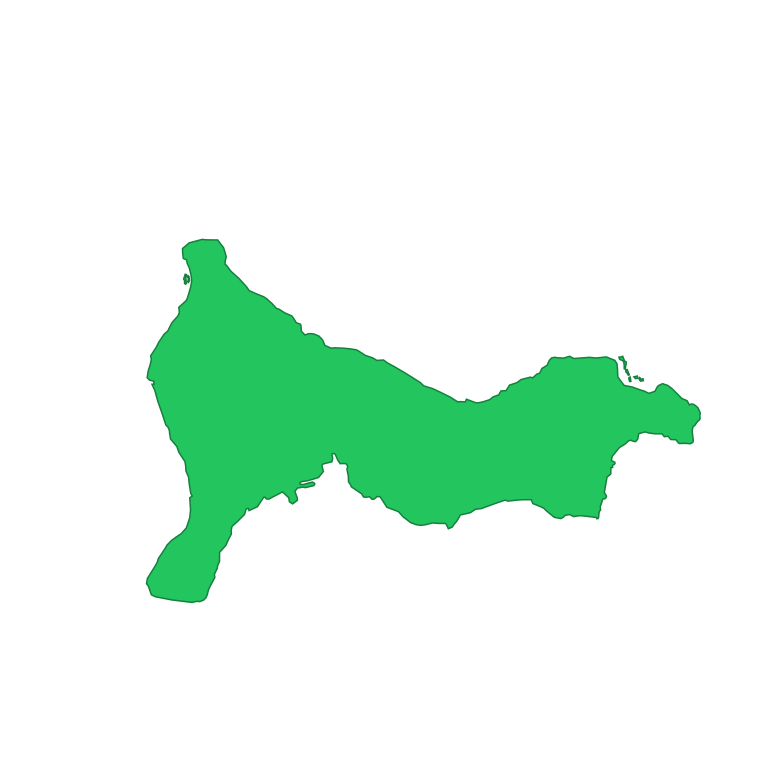 Udot, Federated States of Micronesia (Mercator projection), rotated 341°
{"feature_id": "79324940B84620093973822", "entity_name": "Udot", "entity_type": "district", "adm_level": 2, "iso_a3": "FSM", "parent_name": "Federated States of Micronesia", "parent_adm1": "", "projection": "mercator", "projection_center": [151.721, 7.382], "detail": "fine", "context": "isolated", "style": "filled", "palette": "green", "viewbox_px": 768, "rotation_deg": 341, "n_neighbors": 0, "source": "geoboundaries", "source_scale": "gbopen_adm2", "svg_char_len": 5681}
<svg xmlns="http://www.w3.org/2000/svg" viewBox="0 0 768 768"><g transform="rotate(341 384 384)"><path d="M312.0,433.1L314.3,433.5L315.0,434.8L315.2,436.8L315.5,441.0L316.6,445.1L318.9,445.7L322.2,447.0L322.7,449.3L322.7,450.6L321.2,452.4L320.3,459.4L318.6,464.9L318.8,465.7L319.7,469.0L319.5,470.4L327.1,480.6L327.7,483.6L328.2,484.5L330.1,485.2L333.8,486.0L334.9,488.8L336.3,489.5L337.7,489.5L340.7,488.2L343.5,489.2L344.4,492.5L346.6,501.5L356.1,509.4L359.0,516.2L361.3,519.5L363.8,523.5L368.6,527.5L373.0,529.7L377.6,530.6L384.8,531.2L389.7,533.4L396.7,535.9L397.3,537.6L397.7,541.8L401.9,541.5L404.3,539.7L407.8,537.6L410.4,535.6L413.5,532.7L424.0,533.8L429.6,532.2L435.4,533.5L438.2,533.4L450.6,533.2L460.6,533.2L463.1,535.1L472.0,537.1L478.2,538.8L485.6,541.4L485.8,545.5L491.3,550.3L494.5,553.3L496.5,557.2L501.5,565.4L504.8,567.3L507.6,568.9L510.8,568.1L512.6,567.1L517.3,568.0L519.9,571.0L526.4,572.3L532.0,574.8L541.2,579.3L541.4,580.7L542.8,580.9L543.5,579.9L545.5,575.6L546.1,574.5L547.7,573.8L548.5,570.4L550.7,567.7L553.5,563.9L555.4,564.5L556.7,563.9L557.8,562.6L557.8,561.4L557.3,559.7L557.0,558.4L557.9,556.7L564.6,544.6L567.3,543.7L569.2,542.8L569.9,540.7L571.4,536.9L573.0,537.4L573.7,535.2L575.6,535.0L576.5,534.4L576.8,533.1L574.0,530.3L576.4,526.6L580.2,524.3L583.0,522.5L586.0,520.7L592.3,519.3L596.7,517.4L598.8,517.4L601.6,519.7L603.2,520.4L604.4,519.7L605.8,518.8L606.5,517.9L608.6,513.9L615.2,514.3L618.7,516.7L623.8,519.2L630.7,521.7L631.9,525.1L634.4,525.6L635.7,526.1L637.0,529.8L639.7,530.9L641.9,531.8L642.3,532.7L642.7,534.5L643.3,535.7L644.1,536.6L646.6,537.2L650.6,538.6L654.0,540.2L656.9,539.8L657.9,538.6L660.0,529.2L661.3,526.5L662.5,524.8L663.5,524.6L664.7,524.2L666.9,522.4L668.9,521.3L670.6,520.7L671.6,519.6L672.3,516.8L673.6,514.4L673.4,511.1L673.0,508.4L671.7,506.2L670.1,504.0L668.2,503.0L665.9,503.1L665.7,501.7L665.1,498.4L661.0,494.8L654.7,481.9L651.6,477.5L648.9,475.5L647.6,474.4L643.8,474.7L641.9,475.3L637.8,479.1L631.5,479.1L627.5,475.2L624.6,473.2L617.8,467.7L610.6,463.5L609.2,459.3L607.4,453.5L609.8,445.2L610.9,440.7L609.9,436.7L606.8,434.1L603.1,430.8L593.1,428.5L587.0,425.7L571.8,421.7L568.5,418.2L562.4,418.0L556.8,415.8L554.0,414.3L551.1,413.9L548.1,415.4L544.3,419.4L538.4,420.7L534.8,424.4L531.5,424.5L526.6,426.6L524.7,425.2L515.1,424.4L510.2,426.0L502.4,425.9L497.2,430.0L492.3,428.6L489.0,431.6L482.9,431.7L478.9,433.2L471.9,433.1L466.5,432.4L464.4,431.4L457.0,425.2L455.1,427.4L450.4,425.5L447.9,424.9L447.2,424.0L442.5,418.1L434.9,410.4L428.4,404.1L421.1,398.8L418.6,394.2L412.8,386.9L407.0,379.8L406.7,379.5L399.5,371.0L394.2,365.3L391.4,361.2L384.8,359.3L383.6,357.7L381.8,355.6L375.5,350.7L370.3,344.0L368.7,342.5L362.6,339.3L357.0,336.8L349.3,333.8L345.5,332.8L340.6,328.1L340.4,322.7L339.0,319.4L338.0,317.4L334.3,314.1L331.5,312.7L328.9,311.8L325.2,311.9L323.1,307.3L323.8,304.4L324.2,302.6L324.5,301.8L324.5,300.3L321.0,297.5L319.8,292.0L318.9,289.5L313.5,284.6L309.0,279.0L306.9,277.5L304.3,271.5L300.8,265.2L298.7,262.4L291.7,256.3L286.8,251.6L285.8,247.7L281.2,236.9L276.2,228.0L274.8,224.1L273.9,221.0L272.7,218.7L274.6,214.8L275.6,213.6L276.3,212.1L276.5,208.9L276.7,202.8L275.3,198.9L273.7,193.7L263.1,189.9L259.2,188.1L245.8,187.1L237.6,190.3L236.3,194.6L235.1,200.0L237.3,201.9L237.7,202.7L237.2,205.9L237.7,210.9L237.0,218.6L235.5,224.6L232.4,229.8L228.6,235.3L225.8,239.1L224.1,240.7L219.4,242.8L214.9,244.7L213.9,249.4L212.3,251.6L210.4,253.1L205.8,255.6L203.2,257.2L201.3,259.0L196.8,263.5L192.5,265.2L184.7,271.1L180.4,275.3L172.6,281.3L171.9,285.3L168.5,290.6L165.4,294.7L162.1,300.9L163.5,304.0L167.1,306.3L166.8,308.2L166.6,309.3L164.5,308.7L165.2,315.3L164.5,326.5L164.6,340.0L164.4,351.8L165.8,354.7L165.9,358.1L165.2,360.9L164.7,364.2L164.2,366.4L167.8,375.7L167.8,381.7L168.8,385.9L170.5,392.4L169.8,396.9L168.4,401.8L168.9,408.4L167.3,415.2L166.1,421.9L165.7,424.7L166.2,427.5L163.3,428.3L161.7,434.2L160.1,440.0L156.8,447.2L150.3,455.7L143.5,459.5L137.4,461.1L132.0,462.8L126.1,465.8L124.7,467.3L113.9,475.5L111.3,479.0L107.5,482.3L97.0,490.8L94.4,495.5L95.4,498.4L95.4,507.6L98.5,510.7L113.1,519.1L131.5,528.1L134.2,528.3L136.7,528.7L139.0,529.8L143.1,529.6L146.1,528.1L148.4,525.6L151.0,521.5L154.3,518.1L156.6,516.0L161.1,511.8L161.6,508.9L166.5,503.8L167.4,501.7L170.7,498.3L173.7,489.7L181.9,485.1L186.4,480.3L190.8,476.2L192.0,472.4L193.9,469.2L200.5,466.4L209.6,462.0L213.1,457.2L215.2,457.4L215.2,459.8L224.4,458.8L233.3,452.0L234.7,452.4L235.2,454.3L237.8,455.4L239.7,455.0L252.9,453.0L256.9,460.5L256.2,464.6L258.6,467.6L264.2,465.8L264.9,463.8L264.8,456.5L268.3,454.2L270.9,454.7L273.5,455.0L276.0,456.4L282.3,457.0L284.6,457.3L286.0,456.0L286.0,455.2L284.4,453.4L280.5,453.1L275.3,452.8L272.1,451.7L272.3,449.9L274.6,449.5L279.8,450.6L291.6,451.1L298.2,447.0L298.7,440.9L300.1,439.8L309.4,440.6L310.1,439.6L311.3,437.6L311.7,434.2L312.0,433.1ZM616.9,435.6L614.9,435.1L614.8,437.1L615.3,437.9L616.4,438.8L617.7,440.2L617.7,442.2L617.2,444.5L616.1,447.8L617.0,448.4L618.2,446.0L619.7,443.6L620.2,442.0L619.0,440.8L618.7,435.5L616.9,435.6ZM228.7,225.0L229.9,224.6L231.0,220.0L231.3,218.6L232.7,216.2L231.8,215.5L228.7,219.6L229.1,221.5L228.2,223.7L228.7,225.0ZM617.9,455.3L618.9,455.2L618.6,449.5L617.0,449.3L616.7,451.6L617.3,452.6L617.9,455.3ZM630.3,465.3L630.6,463.3L628.7,463.2L627.9,461.2L626.9,462.3L626.9,463.1L627.5,464.8L630.3,465.3ZM232.0,224.3L233.6,223.3L234.6,218.8L233.9,217.6L232.9,218.5L233.2,219.2L233.4,220.1L232.7,222.2L231.7,223.2L232.0,224.3ZM626.0,461.1L626.1,458.9L622.6,458.6L623.5,460.8L626.0,461.1ZM618.3,461.9L618.9,458.7L619.0,457.5L617.4,458.0L617.0,461.2L617.4,461.9L618.3,461.9Z" fill="#22c55e" stroke="#15803d" stroke-width="1.5"/></g></svg>